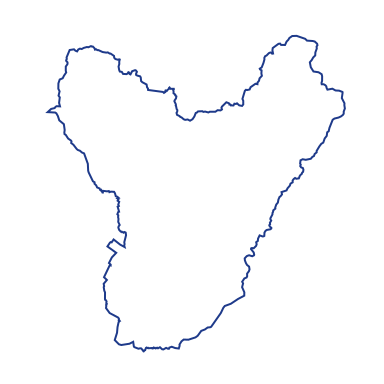 Mueang Lampang, Lampang, Thailand, rotated 3°
{"feature_id": "78962969B84818875496031", "entity_name": "Mueang Lampang", "entity_type": "district", "adm_level": 2, "iso_a3": "THA", "parent_name": "Thailand", "parent_adm1": "Lampang", "projection": "natural_earth1", "projection_center": [99.504, 18.394], "detail": "fine", "context": "isolated", "style": "outline", "palette": "blue", "viewbox_px": 384, "rotation_deg": 3, "n_neighbors": 0, "source": "geoboundaries", "source_scale": "gbopen_adm2", "svg_char_len": 5923}
<svg xmlns="http://www.w3.org/2000/svg" viewBox="0 0 384 384"><g transform="rotate(3 192 192)"><path d="M168.3,92.2L167.8,91.0L168.5,90.3L168.4,89.9L165.1,90.1L164.1,88.8L163.6,89.3L163.6,90.2L162.3,91.2L161.6,92.3L160.9,92.1L160.5,92.9L160.1,92.5L159.6,93.9L158.8,94.5L157.8,93.6L142.8,92.4L142.6,90.9L141.7,89.9L141.0,87.0L136.7,85.0L135.4,83.9L134.8,80.2L134.1,79.2L131.2,78.6L130.0,77.9L130.0,76.6L130.7,74.9L129.7,73.6L128.8,73.3L125.9,74.5L124.4,77.8L123.6,77.5L122.8,75.9L122.2,75.7L121.5,77.0L120.5,77.7L117.0,77.7L115.6,75.7L113.6,75.5L112.9,74.0L112.1,70.6L112.7,68.0L112.5,65.7L112.9,63.5L112.3,63.3L111.1,63.8L108.5,63.2L107.3,62.0L107.0,60.2L103.4,58.0L102.6,58.1L100.6,57.0L99.1,57.3L95.4,56.9L91.1,55.2L90.1,55.3L88.6,54.4L87.7,54.9L87.0,53.4L85.3,51.9L84.2,52.0L83.5,51.6L80.9,52.9L79.5,52.7L76.3,53.8L74.4,55.0L72.6,54.7L71.0,55.6L69.9,57.6L68.2,57.0L66.7,55.7L62.4,56.6L59.7,64.2L60.0,65.7L59.4,67.1L59.6,67.8L60.8,68.9L61.0,69.7L60.9,70.9L59.4,73.3L59.6,77.6L60.1,79.2L58.1,82.5L56.9,85.2L54.0,86.6L52.9,90.5L53.1,95.9L54.5,98.4L53.7,102.8L55.0,104.4L54.6,110.0L55.7,113.4L52.3,113.4L51.3,114.1L50.4,115.4L47.0,116.4L43.7,119.8L51.2,119.8L52.4,120.5L54.1,123.2L55.7,127.4L60.5,131.0L61.6,136.7L61.4,139.4L61.7,140.9L62.9,141.5L65.5,145.1L68.4,146.9L69.0,147.7L68.8,149.4L71.1,151.0L74.6,155.1L75.8,156.0L78.0,156.7L80.0,158.3L82.2,159.1L86.5,169.3L87.2,176.2L87.8,177.9L92.5,186.5L94.2,187.4L94.2,188.8L96.0,190.4L97.0,192.4L99.5,193.3L100.2,194.7L101.0,194.5L101.3,195.6L101.8,195.8L102.6,197.2L103.0,197.2L103.1,195.5L107.1,195.8L108.9,195.4L109.5,196.5L111.0,195.9L114.2,195.9L115.2,197.4L116.1,200.2L117.6,200.6L119.1,201.8L117.8,202.4L118.9,203.2L118.2,204.6L119.8,205.6L119.0,208.4L119.7,209.8L118.5,210.5L120.2,215.5L119.4,215.8L118.6,218.1L119.6,219.1L119.5,221.0L120.0,222.7L119.9,225.7L121.5,228.7L120.5,230.2L120.3,231.4L121.2,233.6L122.9,235.3L123.8,235.2L124.2,235.8L125.3,235.7L125.9,236.2L126.8,235.5L127.9,236.0L128.4,238.6L127.0,245.7L127.4,247.6L127.1,249.0L127.6,250.5L123.0,248.3L116.2,243.5L114.4,246.5L113.4,246.3L112.7,246.9L110.4,250.8L119.5,256.7L115.4,261.5L112.8,267.3L114.6,268.8L114.6,269.6L114.0,269.4L113.4,270.1L108.6,281.7L111.6,284.3L108.6,288.3L109.2,290.7L108.8,291.6L109.6,295.2L110.4,296.8L110.7,303.4L110.9,304.2L111.6,304.5L112.4,305.7L112.2,307.5L112.8,308.2L112.1,309.3L112.4,310.1L112.2,312.4L116.1,317.2L124.7,321.2L125.6,322.2L125.6,323.2L126.5,324.4L125.7,324.6L126.0,325.3L125.5,325.9L124.7,330.8L124.5,336.5L122.6,343.9L127.0,347.9L129.4,348.5L137.5,346.8L141.1,344.7L142.0,349.2L142.5,349.9L146.7,351.3L148.4,350.8L149.6,350.9L151.7,353.4L152.0,353.1L152.3,353.4L152.9,352.6L153.5,352.4L154.1,350.2L154.8,349.7L155.7,350.2L156.3,349.9L156.8,350.3L160.1,349.9L160.5,350.3L161.8,349.4L162.1,350.0L163.3,349.6L164.0,350.1L165.3,349.3L166.2,349.9L168.1,348.7L170.4,350.6L171.7,350.7L174.3,349.0L176.3,349.8L177.2,349.7L177.5,348.6L179.9,347.6L183.3,348.7L187.0,349.0L187.7,346.2L187.5,345.0L189.3,341.7L191.4,339.8L196.1,339.7L203.1,337.0L205.2,335.3L208.5,330.2L212.1,328.6L214.7,326.5L217.3,326.1L218.2,325.6L227.1,311.4L229.4,305.9L230.7,304.1L236.6,301.6L243.6,296.4L249.6,292.8L249.5,289.4L247.0,284.4L247.8,280.6L246.8,279.0L248.8,275.6L251.0,274.5L251.5,273.2L251.3,270.6L253.0,268.1L253.5,266.2L252.9,263.5L250.8,262.0L249.6,260.2L248.4,257.5L248.1,255.5L250.0,253.2L251.7,252.4L252.4,252.2L255.5,253.0L257.2,252.0L257.4,251.5L256.8,249.2L253.9,245.9L254.0,245.2L254.8,244.8L256.5,245.0L258.8,242.5L259.3,240.8L258.7,238.8L260.3,237.4L260.4,235.1L261.8,231.8L264.9,232.7L265.9,232.5L266.5,232.1L266.5,228.7L267.5,226.9L268.6,226.0L272.3,225.1L273.1,224.3L273.1,223.6L271.5,222.4L270.9,221.1L271.7,220.1L271.4,218.7L272.6,216.4L271.7,215.1L271.7,214.1L273.5,210.2L273.5,208.6L274.0,207.6L274.1,206.1L276.1,204.2L275.9,203.3L276.8,200.1L278.3,198.1L278.7,195.0L279.7,192.3L280.5,191.8L282.0,189.7L281.4,187.4L286.3,185.5L287.2,183.3L289.4,180.5L289.9,178.5L292.0,177.1L291.9,175.2L292.9,173.7L294.2,172.6L295.4,173.3L298.0,172.8L298.7,170.5L299.6,169.1L300.6,168.3L301.0,166.9L301.9,166.0L302.1,163.9L301.5,162.3L299.7,161.7L298.7,160.4L299.2,159.1L298.5,158.0L298.7,154.7L300.8,153.5L303.9,153.9L308.9,152.6L310.4,150.6L311.9,149.7L312.5,147.6L314.4,145.9L314.3,144.5L316.8,139.8L318.6,137.1L320.5,135.8L321.7,131.6L323.6,128.9L323.9,125.3L325.3,124.2L325.9,120.8L328.7,112.5L330.4,111.2L334.4,110.0L336.7,108.8L338.6,107.2L339.4,105.9L339.3,103.7L340.3,100.6L339.6,97.3L339.6,95.4L336.7,90.4L337.2,85.0L337.0,84.2L333.6,83.1L330.0,83.1L326.8,81.5L321.9,82.7L320.9,80.9L320.6,79.5L319.6,78.4L317.8,77.5L315.9,77.6L315.6,76.3L316.1,74.2L315.9,69.6L315.3,67.6L312.1,65.8L307.0,65.3L304.1,61.2L302.9,56.3L304.7,53.9L306.0,51.3L307.9,49.2L307.9,46.1L309.1,42.2L308.8,40.2L309.6,38.9L309.2,37.4L306.7,35.3L304.7,34.9L298.9,34.8L297.0,33.1L288.3,30.6L283.9,31.0L281.2,33.1L280.2,35.0L278.6,36.8L277.2,40.3L273.3,40.5L272.2,39.2L270.6,39.5L265.1,44.0L264.9,46.3L265.7,49.5L264.8,49.7L263.6,48.6L262.9,48.6L261.5,49.3L259.3,51.8L257.9,52.6L257.2,54.3L257.4,55.8L256.6,59.4L255.1,63.9L253.2,65.3L253.5,66.0L255.1,66.9L255.1,70.1L255.7,72.3L253.5,75.0L253.1,77.4L251.7,79.3L251.7,80.9L249.7,80.6L245.0,84.3L244.2,86.6L241.7,87.3L240.5,87.1L239.5,88.2L237.5,96.4L238.4,98.2L238.6,101.9L237.5,103.4L234.6,103.0L232.3,101.1L231.3,101.8L229.7,101.6L228.9,103.4L226.3,103.5L226.1,102.9L224.8,102.7L224.9,102.1L224.1,101.4L221.6,100.6L217.4,105.2L217.0,106.4L217.6,108.0L216.3,109.0L213.2,109.0L211.2,110.6L205.6,110.9L204.2,111.7L200.9,111.0L199.1,111.4L198.1,110.8L193.8,111.2L192.6,112.5L191.6,112.9L190.4,116.5L188.7,119.3L186.3,120.9L183.9,119.8L181.4,120.3L179.9,119.8L177.6,118.0L176.4,117.7L175.7,116.9L173.0,115.7L172.4,113.8L173.0,112.6L173.1,111.0L172.3,109.9L171.6,107.1L171.2,106.6L171.4,106.0L171.1,104.9L169.7,102.4L169.8,101.5L171.1,99.4L171.4,97.3L170.2,96.4L170.2,95.6L168.4,94.4L168.3,92.2Z" fill="none" stroke="#1e3a8a" stroke-width="2"/></g></svg>